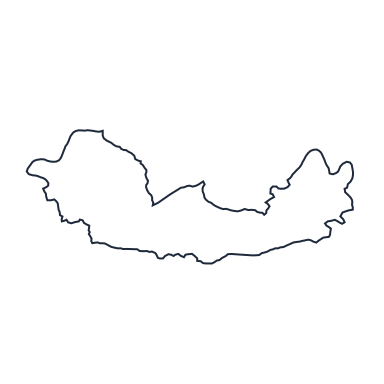 outline of Cerro Negro, Santa Catarina, Brazil, rotated 84°
{"feature_id": "56859067B18650701449826", "entity_name": "Cerro Negro", "entity_type": "district", "adm_level": 2, "iso_a3": "BRA", "parent_name": "Brazil", "parent_adm1": "Santa Catarina", "projection": "natural_earth1", "projection_center": [-50.937, -27.767], "detail": "fine", "context": "isolated", "style": "outline", "palette": "slate", "viewbox_px": 384, "rotation_deg": 84, "n_neighbors": 0, "source": "geoboundaries", "source_scale": "gbopen_adm2", "svg_char_len": 4035}
<svg xmlns="http://www.w3.org/2000/svg" viewBox="0 0 384 384"><g transform="rotate(84 192 192)"><path d="M187.2,91.7L188.7,93.3L190.1,95.8L192.5,95.1L195.0,94.1L197.1,96.4L198.3,99.9L198.1,103.1L197.5,105.7L195.4,107.4L195.0,111.2L197.0,113.4L199.3,113.8L201.7,114.2L202.7,112.0L205.6,110.9L207.3,115.0L208.9,117.7L210.1,119.8L211.7,117.9L214.3,116.4L216.4,118.0L218.1,119.9L220.7,120.4L222.2,122.6L220.0,124.2L219.6,126.7L218.5,129.4L216.8,130.9L216.0,134.2L215.8,138.0L214.4,141.4L215.6,145.5L216.0,148.9L215.3,151.7L214.5,154.6L213.2,157.6L212.3,159.9L212.3,162.7L211.1,165.5L209.8,167.7L208.4,170.1L206.7,172.2L204.8,174.0L203.4,176.7L201.0,179.0L198.8,180.2L195.7,180.4L192.6,181.3L189.9,181.2L187.9,180.4L185.7,178.6L182.7,179.8L183.9,182.2L185.1,184.4L186.2,187.4L186.7,190.8L185.4,194.0L185.7,196.7L186.5,199.4L186.6,202.6L192.1,214.0L199.2,226.9L201.2,232.4L198.5,231.6L196.2,232.5L193.3,232.2L190.9,232.9L188.5,235.1L185.5,236.4L182.6,237.1L180.4,236.9L178.6,235.3L176.2,234.6L174.3,235.5L172.3,236.1L169.8,236.5L167.5,235.3L165.3,235.1L162.9,236.7L160.2,238.0L158.1,240.2L156.1,239.7L155.3,242.0L153.3,245.0L149.9,245.6L147.1,248.2L145.1,251.3L143.5,253.1L143.1,255.5L141.7,257.9L139.5,259.2L138.7,262.4L137.1,264.7L134.6,267.2L132.1,271.2L129.5,274.1L126.4,274.9L121.8,274.4L122.4,277.5L122.0,280.1L120.9,283.9L120.2,286.8L119.6,289.6L119.8,292.0L119.3,295.0L118.8,298.1L119.2,301.3L120.4,303.8L122.0,305.4L123.8,307.0L125.6,308.0L128.3,309.3L131.4,311.2L133.3,313.1L135.1,313.9L137.1,315.0L140.1,316.5L142.9,318.0L144.8,319.2L146.6,321.0L147.6,324.0L147.4,327.2L146.7,330.2L145.7,332.8L144.2,335.3L143.6,338.7L143.8,342.8L144.3,345.3L145.4,347.4L147.4,349.2L149.1,350.7L151.5,352.9L154.4,354.2L157.2,352.4L158.7,348.8L159.2,346.2L160.0,343.8L161.5,341.1L162.6,338.4L164.3,336.3L166.4,334.8L168.4,333.9L170.7,334.4L171.9,336.3L173.1,339.7L176.0,338.8L178.4,337.5L180.9,337.5L182.9,337.2L185.1,336.7L185.5,333.3L185.0,329.7L187.0,328.0L189.2,326.7L192.9,326.6L195.9,326.5L198.0,325.7L201.2,325.7L202.8,323.4L205.1,324.4L207.6,324.5L207.3,322.1L206.5,319.7L209.3,318.3L210.5,315.2L209.7,311.5L209.4,307.7L207.7,306.4L208.8,303.7L211.5,302.6L213.3,300.2L214.7,297.7L216.8,298.1L219.3,298.8L221.2,297.9L223.0,299.0L225.0,298.0L227.7,296.8L230.2,297.3L232.5,296.5L232.3,294.0L232.3,291.0L233.4,288.9L233.6,286.4L234.1,284.0L235.9,281.3L238.1,278.1L239.4,274.5L240.3,271.6L240.5,268.9L241.5,266.5L241.8,263.0L242.3,259.1L242.7,256.5L243.2,252.5L245.2,250.2L245.8,246.5L246.0,242.9L247.2,240.6L247.0,238.2L248.9,234.8L251.5,233.6L253.9,232.8L254.8,230.8L255.0,227.7L252.9,225.6L251.4,221.9L252.3,219.1L253.7,217.1L252.6,215.0L252.1,212.1L254.4,209.7L256.0,206.8L253.7,205.1L253.5,202.6L253.5,198.5L255.9,196.0L258.5,193.8L261.1,194.0L261.7,190.7L263.9,188.4L264.5,185.7L264.8,182.8L265.2,179.8L264.2,177.1L262.7,174.3L262.6,171.9L260.7,168.9L259.2,165.1L257.6,162.9L257.8,159.0L259.4,150.0L261.4,138.2L261.6,135.4L261.7,131.8L260.1,129.0L259.8,126.5L259.2,123.3L257.8,120.2L257.5,117.5L256.7,115.2L257.0,112.4L256.3,109.9L256.3,106.8L255.0,103.2L254.1,100.2L252.8,96.4L252.6,92.9L252.6,90.3L252.2,87.7L251.9,84.5L251.6,81.2L252.4,78.9L254.1,76.4L255.3,73.6L253.8,71.5L252.6,69.2L251.1,66.3L251.0,63.2L250.9,60.5L249.0,59.2L246.1,58.6L242.9,57.7L240.8,60.0L239.5,61.8L237.2,63.0L235.4,60.0L235.2,56.5L234.6,52.9L236.2,50.4L237.6,48.7L239.3,46.1L238.1,43.4L235.0,44.4L231.7,47.0L228.1,44.4L227.2,40.7L226.6,37.8L226.4,34.0L223.8,33.7L221.5,34.2L219.3,33.7L217.1,33.6L214.7,34.5L212.7,35.9L210.7,37.5L208.2,39.7L204.8,39.9L203.9,37.3L200.5,36.2L198.3,33.3L195.4,31.2L192.6,30.3L189.7,29.8L186.8,29.9L184.2,30.1L181.6,30.3L179.1,31.9L178.1,35.1L179.7,39.1L182.2,41.9L184.6,43.2L187.0,44.6L188.3,46.9L189.1,50.0L188.0,53.2L184.8,53.4L182.4,53.7L180.2,54.9L178.1,55.8L176.0,56.4L173.5,57.0L171.1,57.8L168.4,58.7L166.1,59.7L164.2,61.4L162.8,63.6L162.7,66.6L163.4,69.5L165.1,72.1L168.0,74.9L171.4,77.1L173.5,78.7L176.2,80.3L178.9,82.6L181.2,85.6L183.3,88.0L185.1,90.2L187.2,91.7Z" fill="none" stroke="#1e293b" stroke-width="2"/></g></svg>